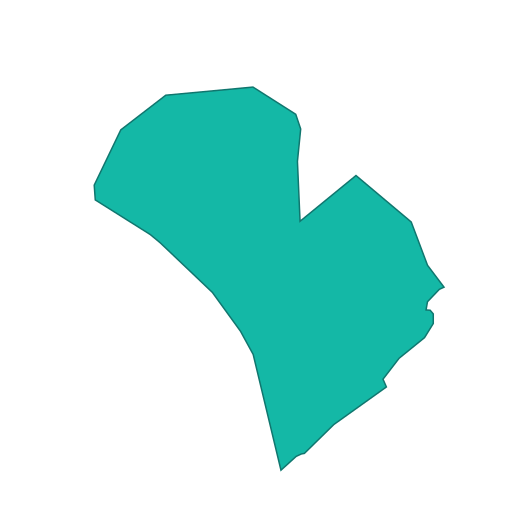 Alexandria, Virginia, United States of America, rotated 45°
{"feature_id": "52423323B39569682722717", "entity_name": "Alexandria", "entity_type": "district", "adm_level": 2, "iso_a3": "USA", "parent_name": "United States of America", "parent_adm1": "Virginia", "projection": "equal_earth", "projection_center": [-77.073, 38.815], "detail": "fine", "context": "isolated", "style": "filled", "palette": "teal", "viewbox_px": 512, "rotation_deg": 45, "n_neighbors": 0, "source": "geoboundaries", "source_scale": "gbopen_adm2", "svg_char_len": 599}
<svg xmlns="http://www.w3.org/2000/svg" viewBox="0 0 512 512"><g transform="rotate(45 256 256)"><path d="M411.0,145.1L383.9,141.3L341.7,122.2L269.8,128.4L262.6,200.3L218.4,159.8L197.8,134.6L184.3,127.9L183.9,127.7L134.4,138.7L78.5,206.1L71.2,262.4L91.5,320.3L102.7,330.0L166.1,315.6L179.0,314.4L250.9,312.6L297.2,320.0L298.0,320.1L323.6,327.6L425.1,389.8L426.1,369.3L428.1,363.8L429.8,361.4L430.2,320.1L440.8,256.4L432.9,253.3L429.5,227.1L432.9,194.6L429.1,178.4L422.3,171.6L417.5,171.2L414.4,173.9L409.6,167.1L409.2,150.0L411.0,145.1Z" fill="#14b8a6" stroke="#0f766e" stroke-width="1.5"/></g></svg>